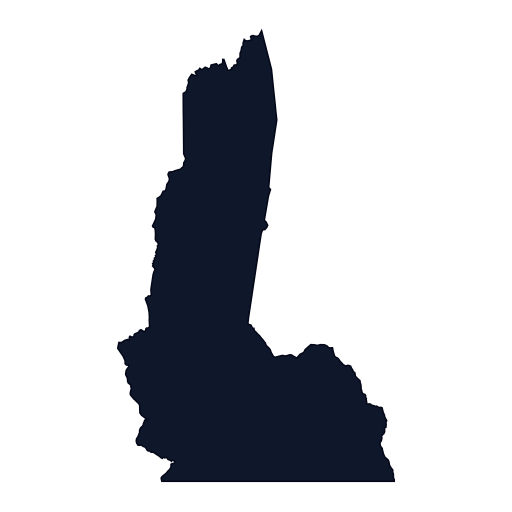 the district of São João da Baliza, Roraima, Brazil
{"feature_id": "56859067B56754764067741", "entity_name": "São João da Baliza", "entity_type": "district", "adm_level": 2, "iso_a3": "BRA", "parent_name": "Brazil", "parent_adm1": "Roraima", "projection": "natural_earth1", "projection_center": [-59.862, 0.77], "detail": "fine", "context": "isolated", "style": "filled", "palette": "ink", "viewbox_px": 512, "rotation_deg": 0, "n_neighbors": 0, "source": "geoboundaries", "source_scale": "gbopen_adm2", "svg_char_len": 4612}
<svg xmlns="http://www.w3.org/2000/svg" viewBox="0 0 512 512"><path d="M394.3,481.3L394.3,479.7L393.6,478.2L393.4,476.4L393.4,473.8L392.7,472.3L392.8,470.0L390.9,467.6L389.5,465.1L388.9,461.7L388.2,460.0L384.8,457.0L383.5,454.0L382.5,450.1L382.2,448.3L380.8,446.6L380.2,444.9L380.0,442.8L381.4,440.6L381.9,438.1L381.6,435.8L384.0,433.4L384.7,431.7L384.5,428.0L385.9,427.4L386.2,424.2L385.9,422.6L386.7,420.5L385.4,418.3L384.6,416.5L384.5,415.2L383.2,412.3L382.1,407.8L380.8,407.3L379.0,407.6L377.8,406.8L376.7,406.1L375.5,406.4L373.9,405.7L371.6,405.2L370.6,404.1L369.2,403.9L366.8,404.1L366.6,401.4L366.2,399.9L366.4,398.4L365.5,397.5L365.7,395.5L364.9,394.4L363.2,393.9L362.1,392.6L361.6,390.3L361.0,388.1L361.1,386.3L360.7,384.1L360.2,382.4L359.9,380.5L357.6,378.6L355.4,376.2L355.2,374.6L354.8,372.6L353.4,371.7L352.8,370.2L351.4,368.0L350.7,366.2L349.4,365.6L347.8,365.3L345.7,366.0L343.3,364.7L339.8,360.9L338.6,359.0L337.3,357.9L336.1,357.4L334.6,356.2L333.3,351.9L332.5,347.7L330.2,347.9L328.7,347.7L327.0,345.9L324.5,344.8L320.7,344.6L317.4,345.4L314.3,344.8L310.8,344.6L309.7,345.6L305.1,349.6L304.5,351.2L303.4,352.6L300.0,354.3L296.8,358.0L293.0,355.9L291.5,354.9L289.5,354.8L285.8,356.0L282.2,355.4L275.1,357.3L273.4,356.4L271.1,352.4L270.4,350.1L269.4,348.5L266.7,345.9L265.7,344.4L265.4,342.9L264.5,342.1L263.4,340.4L261.3,338.0L260.1,336.5L259.3,335.4L258.3,334.7L255.8,331.9L254.3,330.6L253.9,328.3L252.5,328.3L251.8,326.7L250.8,324.9L249.4,324.8L247.9,323.5L248.5,317.9L257.9,255.5L259.4,245.3L261.2,233.7L262.4,230.3L263.5,229.7L264.9,229.6L266.9,227.2L267.7,225.2L267.0,223.9L266.2,222.1L264.9,220.9L264.4,219.7L268.5,195.9L270.5,189.5L268.7,187.5L271.7,153.1L273.3,142.8L276.8,119.9L275.8,111.1L275.2,104.7L273.5,88.7L271.5,69.3L261.6,30.7L259.8,34.0L259.1,35.4L256.9,36.4L254.6,36.0L253.0,35.5L251.5,35.9L250.5,36.7L251.2,38.4L250.9,40.3L249.3,40.5L248.2,40.9L246.9,40.9L245.1,40.3L244.2,39.4L243.0,43.3L243.3,45.3L241.7,47.1L241.0,51.1L240.1,53.1L240.0,57.6L237.4,59.4L236.8,61.0L237.4,63.0L236.8,64.8L234.1,65.1L233.1,67.1L231.5,67.9L231.5,69.2L229.2,70.3L227.6,70.2L227.2,68.5L226.5,66.9L223.9,59.4L222.7,59.4L222.7,62.2L222.2,63.8L219.9,64.5L218.4,65.9L216.4,63.7L211.1,65.0L210.6,67.2L209.9,68.4L208.5,68.8L207.0,67.9L205.2,67.2L201.9,69.8L199.8,68.3L198.7,70.0L196.3,71.1L195.2,71.8L195.8,73.4L196.9,74.8L195.3,75.7L193.6,75.0L191.7,74.3L190.4,76.3L189.6,77.3L188.1,80.1L188.5,81.7L188.6,83.2L187.0,87.6L187.1,88.9L186.0,91.7L183.2,93.4L183.2,96.0L183.3,112.0L183.4,118.2L183.7,153.8L185.7,158.6L185.0,160.7L183.8,162.7L183.5,165.8L182.9,167.1L181.4,168.1L180.7,169.1L175.1,170.7L172.7,171.7L169.2,172.0L168.3,173.4L168.0,174.6L169.4,178.6L169.2,180.4L168.5,182.0L166.9,184.3L166.1,188.8L165.2,191.0L163.2,191.2L161.0,195.7L159.4,197.0L157.1,198.4L157.2,200.4L157.1,206.4L155.4,210.2L154.8,212.0L155.8,213.5L156.2,215.1L155.7,219.2L153.4,224.1L152.5,225.9L153.1,227.1L154.9,227.9L155.3,230.6L155.5,234.4L155.3,239.2L155.9,240.8L156.9,241.7L157.8,242.6L158.5,244.9L157.4,245.7L157.6,247.7L156.8,249.9L155.7,252.5L156.7,254.2L155.4,255.6L155.9,256.9L154.4,258.2L154.4,260.2L153.4,260.9L153.6,262.5L152.6,263.7L153.3,264.7L152.6,266.0L154.2,267.8L155.1,269.2L153.8,272.2L153.1,274.6L150.9,289.4L151.1,292.4L151.3,295.3L149.6,296.1L148.4,295.9L147.2,297.3L145.7,298.0L145.4,299.2L147.8,305.6L149.1,312.2L149.4,318.0L149.2,319.9L149.6,326.7L148.0,328.1L146.6,328.0L145.8,329.0L145.7,330.5L144.5,331.5L143.1,331.1L141.0,329.7L139.5,330.5L138.6,332.2L136.8,333.1L134.9,333.8L134.0,334.9L134.1,336.3L133.2,337.0L131.9,337.0L130.0,336.2L129.3,337.2L129.5,339.4L127.5,339.5L124.4,340.5L121.9,342.4L120.6,342.5L118.9,342.4L117.7,348.2L118.5,349.5L123.1,356.2L125.1,360.7L125.1,363.6L126.3,365.0L128.5,365.3L128.7,366.8L127.2,368.7L126.2,370.4L125.6,373.9L125.9,375.2L127.4,378.1L127.6,381.3L128.3,383.1L130.8,385.0L130.9,387.1L131.4,388.3L130.4,392.1L130.2,393.8L130.6,395.1L133.6,398.7L138.3,403.2L139.6,405.0L139.9,412.9L141.5,415.2L147.1,419.5L144.7,420.2L144.1,422.0L143.4,423.6L143.1,425.4L140.5,428.0L139.6,430.1L139.5,432.7L138.1,436.3L136.5,438.9L136.2,441.2L136.8,443.3L138.0,445.2L139.3,445.3L140.8,445.1L142.1,445.6L143.1,446.4L145.1,447.1L146.2,448.5L146.9,449.9L148.2,451.0L149.4,450.9L151.0,452.2L153.4,452.3L156.3,454.3L158.7,455.8L161.3,457.9L162.3,458.4L163.0,457.3L164.9,457.9L166.4,457.3L168.2,459.6L170.7,460.4L171.4,461.4L172.5,460.1L174.9,461.4L174.2,463.2L172.2,463.7L171.0,464.2L171.0,466.8L170.2,468.5L169.5,469.6L168.1,470.9L166.0,473.4L162.0,476.6L161.1,478.1L161.8,481.3L194.5,481.3L231.5,481.3L394.3,481.3Z" fill="#0f172a" stroke="#020617" stroke-width="1.5"/></svg>